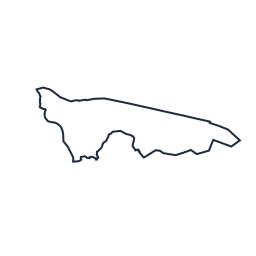 outline of Asa, Kwara, Nigeria, rotated 128°
{"feature_id": "59680162B59525703418999", "entity_name": "Asa", "entity_type": "district", "adm_level": 2, "iso_a3": "NGA", "parent_name": "Nigeria", "parent_adm1": "Kwara", "projection": "albers", "projection_center": [4.518, 8.446], "detail": "fine", "context": "isolated", "style": "outline", "palette": "slate", "viewbox_px": 256, "rotation_deg": 128, "n_neighbors": 0, "source": "geoboundaries", "source_scale": "gbopen_adm2", "svg_char_len": 2607}
<svg xmlns="http://www.w3.org/2000/svg" viewBox="0 0 256 256"><g transform="rotate(128 128 128)"><path d="M182.2,158.9L183.2,156.5L184.9,153.3L185.4,152.5L188.3,150.6L185.1,146.9L183.7,146.0L181.9,145.4L181.9,145.5L181.6,145.9L181.5,146.1L181.2,146.2L180.6,146.7L179.9,147.3L179.7,147.1L178.4,146.0L177.6,145.2L177.0,144.8L176.9,144.6L176.7,144.1L176.7,142.7L176.8,142.0L176.3,141.2L175.4,140.1L174.9,140.1L175.1,139.8L174.7,139.7L174.2,139.5L173.4,139.1L173.2,139.0L172.7,138.4L172.4,137.8L172.4,137.5L172.2,136.4L172.0,134.7L172.1,134.4L172.3,134.1L172.6,133.7L172.4,133.5L172.3,133.4L172.0,133.1L171.9,133.2L171.7,133.3L171.3,133.6L170.8,133.7L170.7,133.7L170.3,133.5L170.1,133.4L169.9,133.3L169.9,134.0L169.5,134.2L169.4,134.1L169.3,134.3L168.8,134.8L168.5,135.3L168.4,135.9L168.3,136.3L167.9,136.4L167.9,136.5L167.6,136.6L167.2,136.9L166.8,137.2L166.5,137.4L166.0,137.8L164.3,137.3L160.3,136.8L159.2,137.1L158.1,137.3L156.8,137.8L154.8,138.3L153.4,137.7L151.9,137.4L150.2,137.5L149.3,137.9L147.5,138.0L144.8,139.1L143.0,138.0L140.4,137.8L134.9,132.1L133.9,126.0L132.2,122.2L131.5,118.7L132.4,116.7L136.7,114.6L139.3,113.4L140.1,110.9L140.4,110.0L140.8,108.8L141.1,108.4L139.4,107.4L139.0,106.9L138.7,106.5L138.8,106.2L138.9,105.9L139.0,105.7L139.5,105.5L139.8,105.3L140.0,105.2L139.9,104.8L139.5,104.8L139.5,104.5L139.8,103.9L140.4,103.3L140.8,101.2L141.1,99.8L141.5,98.2L141.4,97.3L140.7,97.1L139.9,96.7L128.5,92.5L126.2,88.7L126.1,84.8L123.0,79.0L120.0,73.7L113.3,69.1L106.6,64.9L106.2,57.7L96.0,50.3L84.9,53.5L79.0,35.2L68.9,32.2L67.9,45.3L67.7,48.5L70.4,57.6L71.7,61.3L72.8,64.4L73.6,66.8L72.5,67.3L78.3,79.5L85.4,94.7L87.8,99.6L92.6,109.7L98.4,122.0L108.0,142.2L109.5,145.2L110.9,148.1L118.0,162.4L119.2,164.8L121.9,168.0L125.9,172.7L131.7,177.8L131.7,178.6L132.5,179.6L134.7,181.5L135.9,182.7L136.5,183.0L136.9,184.1L137.0,184.6L139.7,187.5L141.9,189.0L142.7,191.0L144.3,196.3L145.4,200.4L145.4,204.7L145.4,205.4L145.4,209.0L145.6,211.7L145.7,213.2L148.0,218.9L148.3,219.7L153.9,223.8L154.2,223.3L154.5,222.9L155.0,220.8L155.3,219.4L155.8,218.5L156.3,218.1L156.6,217.3L157.0,216.5L157.5,216.1L158.3,215.7L159.5,215.3L159.7,214.6L161.6,213.6L162.4,212.9L162.6,212.2L163.7,211.5L164.4,211.0L165.6,210.8L165.8,209.5L165.3,208.2L165.5,207.5L165.4,206.9L164.6,205.3L164.1,204.8L164.4,204.0L167.0,203.1L168.5,202.3L170.4,200.3L171.1,199.2L171.9,195.3L171.0,192.9L170.7,192.1L169.6,190.6L168.6,188.4L168.2,186.6L168.2,184.1L168.2,182.7L168.6,181.3L170.1,178.4L172.8,175.3L177.1,171.6L178.2,170.7L178.7,168.8L179.6,165.0L179.9,163.6L182.2,158.9Z" fill="none" stroke="#1e293b" stroke-width="2"/></g></svg>